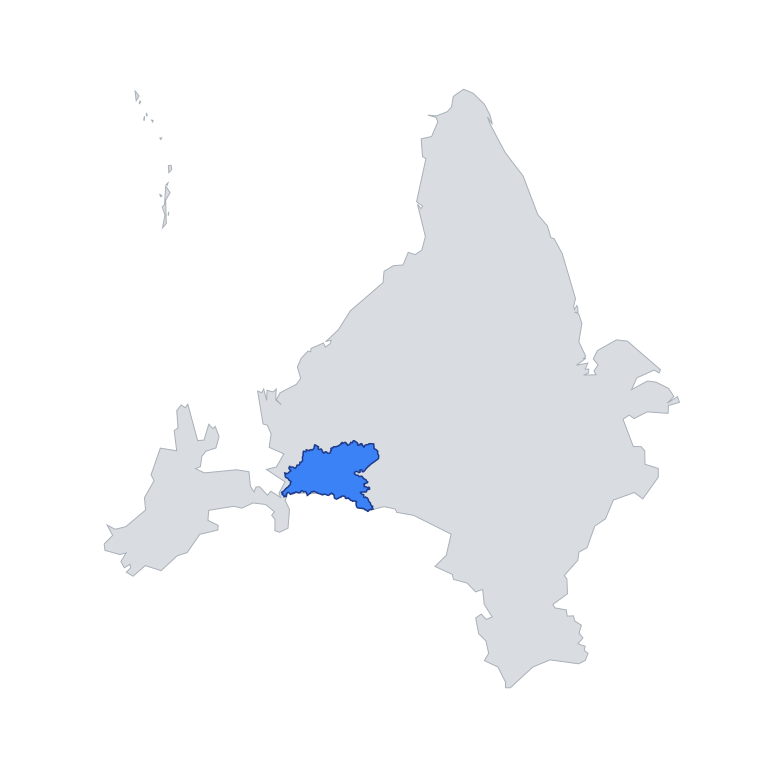 India, with Bihar highlighted, rotated 175°
{"feature_id": "IND-3258", "entity_name": "Bihar", "entity_type": "State", "adm_level": 1, "iso_a3": "IND", "parent_name": "India", "parent_adm1": "", "projection": "mercator", "projection_center": [85.594, 25.909], "detail": "fine", "context": "in_parent", "style": "filled", "palette": "blue", "viewbox_px": 768, "rotation_deg": 175, "n_neighbors": 0, "source": "natural_earth", "source_scale": "10m", "svg_char_len": 9710}
<svg xmlns="http://www.w3.org/2000/svg" viewBox="0 0 768 768"><g transform="rotate(175 384 384)"><path d="M91.3,340.0L102.5,337.7L103.6,330.0L124.2,333.3L137.9,327.8L142.5,331.7L149.0,328.1L141.1,300.0L133.4,299.2L130.1,294.6L131.0,281.3L118.2,276.0L118.8,267.4L136.2,247.0L144.1,254.1L165.6,248.4L175.1,230.4L186.4,224.1L196.0,203.2L204.5,199.5L206.3,191.5L221.1,177.5L218.8,174.0L219.5,159.1L235.0,149.7L233.1,146.0L222.1,143.1L221.7,136.8L215.5,136.5L214.5,131.2L208.4,126.5L211.4,118.8L207.9,113.7L213.4,108.3L206.4,105.1L207.8,101.2L204.2,97.8L207.6,91.1L214.4,88.3L242.7,94.7L260.4,89.1L284.6,70.4L289.5,70.8L288.9,76.4L295.2,92.2L308.1,99.6L303.2,106.6L304.8,119.0L311.4,126.9L313.1,142.9L307.1,146.3L302.7,140.6L296.5,142.5L303.4,155.8L303.6,170.8L310.9,168.9L318.6,178.5L331.8,183.3L332.6,188.4L349.1,197.8L336.9,207.9L330.2,228.6L366.0,250.6L382.5,255.0L383.7,258.5L394.8,261.8L410.9,259.1L421.3,263.4L422.8,269.3L434.0,275.8L440.6,273.8L445.1,279.1L489.3,284.1L492.6,276.4L489.1,267.2L492.2,248.7L501.0,245.4L505.5,247.4L504.4,258.4L507.3,263.1L504.2,266.2L512.4,274.3L524.8,276.9L536.5,272.7L544.4,275.3L569.6,273.4L571.3,263.6L561.5,257.6L562.3,253.0L580.6,250.3L594.8,233.2L605.0,230.9L622.3,217.5L637.7,223.9L650.7,214.4L657.1,219.0L652.4,222.8L652.7,226.5L658.7,223.6L661.6,230.1L655.6,238.2L662.0,237.1L676.5,242.6L676.7,249.0L667.5,256.9L672.1,267.6L664.6,262.7L653.8,264.3L632.5,279.2L632.5,291.7L621.4,307.8L624.0,313.8L612.4,339.6L596.3,335.5L597.1,355.9L593.0,358.1L592.8,375.5L587.9,380.8L584.1,377.7L581.2,381.0L574.6,343.9L568.2,343.8L562.0,359.2L558.3,354.4L555.9,356.5L552.9,346.1L557.0,334.9L567.2,332.6L571.7,327.9L574.2,317.5L579.1,316.1L570.7,311.1L538.3,311.4L526.2,308.4L526.0,293.9L522.9,287.8L520.5,292.5L516.9,292.5L509.8,283.4L506.0,287.0L496.8,280.0L498.2,284.3L491.1,295.1L508.5,309.1L498.5,310.7L489.8,323.1L503.9,330.9L500.8,344.1L503.9,353.2L508.0,354.7L510.5,388.0L506.6,386.0L504.3,389.5L502.3,377.9L501.1,387.9L495.1,385.8L491.8,388.4L493.3,377.5L488.2,372.4L492.6,377.9L488.3,384.3L471.3,391.3L466.5,397.0L468.8,408.5L464.3,416.8L456.8,423.4L454.2,422.4L453.6,425.8L440.7,430.1L439.3,425.9L434.2,428.7L432.8,432.2L438.0,431.5L424.6,442.2L411.2,459.8L376.2,485.0L374.1,496.3L364.2,501.1L354.6,500.9L348.4,513.0L341.8,510.2L334.7,514.0L329.9,527.3L335.0,560.2L331.9,555.4L330.0,557.7L335.7,562.7L322.6,604.8L325.8,607.2L325.6,625.0L315.0,626.4L307.5,640.5L309.1,645.2L317.0,648.1L308.3,646.5L297.1,649.8L292.5,654.2L289.9,664.5L279.0,670.7L269.9,665.9L259.6,654.0L255.0,642.8L253.4,633.1L257.7,641.1L255.5,633.2L243.0,603.8L227.3,579.1L216.0,539.3L207.4,527.2L205.0,515.1L201.9,514.0L195.1,498.4L185.8,452.4L188.4,444.4L187.7,441.6L185.0,445.3L184.3,443.1L184.5,438.5L188.0,438.9L184.0,437.1L181.6,427.1L186.2,409.1L180.7,394.1L183.0,392.0L180.5,392.2L190.6,385.9L179.1,387.1L182.3,381.1L178.7,381.0L179.3,377.1L184.5,375.5L171.9,374.7L173.7,378.6L169.0,384.4L173.3,390.7L168.5,398.7L148.6,407.7L137.8,405.5L107.4,374.2L109.0,371.0L113.6,374.3L131.6,368.1L137.9,356.8L121.4,364.0L112.7,362.1L100.8,354.7L96.3,346.3L103.5,340.2L92.7,345.8L91.3,340.0ZM584.2,600.2L580.4,593.3L585.5,586.1L586.9,562.8L591.0,558.9L587.5,571.4L589.5,579.7L587.0,581.8L584.2,600.2ZM606.2,687.7L606.4,697.6L602.9,692.2L606.2,687.7ZM579.8,620.3L577.1,620.5L576.7,616.3L579.9,613.3L579.8,620.3ZM597.3,671.9L597.1,674.8L596.4,672.1L597.3,671.9ZM600.4,667.9L599.3,671.8L599.7,667.7L600.4,667.9ZM603.6,684.2L602.5,687.2L601.7,686.1L603.6,684.2ZM585.9,648.5L584.0,648.6L585.0,647.0L585.9,648.5ZM583.5,601.7L581.6,603.3L582.5,600.8L583.5,601.7ZM590.1,590.0L591.0,592.8L588.8,590.7L590.1,590.0ZM592.6,667.2L591.0,666.7L591.7,665.2L592.6,667.2ZM584.3,571.2L583.4,574.3L583.9,571.0L584.3,571.2Z" fill="#d9dde1" stroke="#a8b0b8" stroke-width="1"/><path d="M481.8,283.8L483.0,283.1L483.6,283.5L483.9,283.6L484.2,283.4L484.5,282.6L485.4,282.8L485.8,282.8L486.4,282.3L486.8,282.2L487.3,282.7L487.7,283.5L487.9,283.7L488.9,284.4L489.5,284.3L490.3,283.5L490.9,282.5L491.0,281.5L491.0,281.0L491.1,280.5L492.0,280.7L493.3,280.3L493.5,280.4L493.5,280.5L493.3,281.4L494.1,282.0L495.0,283.0L494.5,283.4L494.5,283.8L495.4,284.4L495.5,284.7L495.4,285.0L494.7,285.2L493.8,285.9L493.0,286.2L491.0,288.3L490.1,288.8L489.7,289.2L489.0,289.4L488.8,289.5L488.1,290.4L486.7,291.5L486.2,292.1L486.0,292.4L485.9,293.2L485.7,294.0L485.2,294.3L485.1,294.6L485.5,295.4L486.7,296.1L487.2,297.0L487.5,297.7L488.0,298.2L488.2,298.5L489.5,299.1L490.2,299.8L490.5,301.2L490.2,302.7L490.7,303.3L490.7,304.0L489.5,303.7L489.2,303.6L489.1,303.3L488.9,303.1L488.5,303.0L487.8,303.4L487.0,303.7L486.6,304.2L486.4,304.4L484.7,305.2L484.7,305.4L484.3,305.8L484.3,306.0L484.6,306.2L484.9,306.7L485.3,306.7L485.6,307.1L485.9,308.2L486.1,308.5L485.7,309.4L485.0,310.1L484.8,309.6L484.3,309.3L483.9,309.3L483.0,309.4L482.5,309.2L481.3,308.9L480.7,308.1L479.8,307.7L478.8,308.6L478.5,309.0L478.4,309.5L478.1,309.8L477.8,310.7L477.5,310.8L476.4,310.5L476.1,310.7L475.4,310.8L475.2,311.0L475.0,311.5L474.5,313.4L473.7,313.2L473.0,313.5L472.3,314.2L471.7,315.2L471.7,315.5L471.7,317.9L471.6,318.4L470.7,319.8L470.9,320.5L470.6,321.5L470.7,322.2L470.3,323.3L470.3,323.8L470.2,324.0L469.6,324.0L468.5,323.6L467.7,323.4L467.6,323.8L467.1,324.5L467.1,325.2L465.6,324.7L464.9,324.2L464.4,324.0L464.0,324.1L463.8,324.6L463.3,324.8L462.3,325.0L461.4,324.5L461.0,324.5L459.2,326.3L459.0,327.1L459.0,327.9L458.5,328.3L458.5,328.9L458.3,329.4L458.0,329.4L457.6,329.2L456.4,328.2L454.8,327.3L454.7,326.9L455.2,326.3L455.3,325.9L455.3,325.2L455.1,324.8L454.5,324.7L453.7,324.4L453.1,324.7L452.7,324.7L452.3,324.7L452.0,324.4L451.6,323.8L451.4,322.1L451.2,321.7L450.9,321.5L449.9,321.2L450.2,320.6L450.0,320.4L449.6,320.5L448.4,321.4L447.5,321.5L446.2,320.1L445.8,319.9L444.1,319.9L443.8,320.0L443.4,320.6L443.1,321.2L443.1,321.9L442.8,322.4L442.2,322.6L442.5,323.6L442.5,324.4L442.3,324.6L442.1,324.8L441.6,324.8L440.8,324.6L440.6,325.0L439.7,325.9L438.8,325.7L438.0,325.8L437.0,325.7L436.7,325.9L434.8,326.2L434.6,326.6L432.6,327.4L432.4,327.6L432.3,328.2L430.9,329.4L430.8,329.2L430.9,328.5L430.9,328.3L429.5,328.7L428.8,329.1L428.4,329.2L427.3,329.1L426.9,328.7L426.7,327.3L426.5,327.2L426.0,327.4L425.9,327.3L425.7,326.2L425.4,326.0L425.1,326.0L422.9,327.4L422.3,328.7L421.4,328.5L420.9,328.2L420.6,328.7L420.1,329.2L419.9,329.7L419.5,330.1L418.8,330.2L418.2,329.9L417.8,329.3L416.4,328.4L415.4,327.2L415.6,326.6L415.6,325.8L415.2,325.2L414.8,325.2L414.5,325.5L414.0,325.3L413.6,325.5L413.2,325.4L413.0,325.5L413.1,326.1L412.9,326.4L412.6,326.4L412.5,325.8L412.2,325.7L412.0,326.4L411.7,326.6L411.2,326.2L410.0,323.2L409.5,322.8L409.3,323.0L408.9,324.0L408.4,324.2L408.2,324.6L407.8,324.8L407.5,324.9L406.1,325.1L405.3,325.0L404.8,325.1L404.4,325.6L404.1,325.7L403.0,325.8L399.8,325.2L399.5,325.2L399.5,323.9L399.6,323.1L399.3,322.2L399.7,321.4L399.5,320.5L399.2,320.1L398.5,319.9L397.9,319.6L397.5,319.2L397.1,318.6L396.7,318.3L396.2,317.9L396.1,317.6L396.1,317.3L396.4,316.4L396.3,314.9L395.6,313.6L395.5,313.1L395.8,310.8L396.2,310.1L396.7,309.6L398.7,308.5L399.4,308.0L404.6,305.0L405.1,304.6L405.4,304.0L406.8,303.4L407.2,303.1L407.4,302.7L409.2,301.3L410.3,299.9L412.0,298.5L412.7,298.3L413.4,298.7L413.4,299.7L413.6,300.2L414.0,300.5L414.6,300.6L415.3,300.4L415.6,300.2L415.7,299.7L415.4,298.9L415.4,298.4L416.2,298.0L416.6,297.9L416.9,298.0L417.9,298.9L418.9,299.3L419.6,299.3L420.0,299.2L421.0,298.4L421.1,297.9L421.3,297.7L421.4,297.4L421.2,297.1L419.8,295.7L418.3,295.5L417.4,294.9L417.0,294.3L416.6,293.9L416.0,293.9L414.7,294.2L414.3,294.1L414.0,293.9L413.5,293.2L413.2,292.3L412.6,292.1L412.5,291.7L412.1,291.1L410.4,290.3L409.9,289.0L409.5,288.5L408.8,288.0L408.8,287.7L408.9,287.4L409.2,287.0L410.9,286.8L411.5,286.3L412.4,286.5L412.8,286.2L412.5,285.6L412.3,285.1L412.8,284.0L412.8,283.8L412.7,283.6L410.8,283.1L409.4,282.0L408.9,282.4L408.5,282.5L407.6,282.2L407.5,281.8L407.5,280.7L407.6,280.4L408.0,280.3L408.2,281.0L408.4,281.1L408.9,280.4L410.2,280.0L410.5,279.4L410.8,278.3L411.1,278.1L412.4,278.0L413.7,278.3L416.8,278.2L417.0,278.0L416.7,277.4L415.2,275.9L414.8,275.7L414.0,275.7L413.9,275.3L414.0,273.5L413.9,273.0L413.6,272.6L412.9,272.6L412.3,273.0L412.1,273.0L411.3,272.3L410.5,271.9L409.6,270.2L409.7,269.5L409.6,268.8L409.1,268.3L408.7,267.5L407.9,266.7L407.9,265.2L407.6,264.6L406.8,263.9L406.9,262.9L406.7,262.7L406.0,262.8L406.1,262.4L406.6,262.0L406.6,261.8L406.5,261.4L405.9,260.7L405.8,260.4L407.5,260.0L408.6,260.3L409.2,260.2L409.7,259.9L410.7,258.7L411.1,258.5L411.4,258.6L411.5,259.0L412.4,259.5L412.8,260.3L413.6,260.2L413.9,260.5L414.5,261.4L414.9,261.7L420.7,262.8L421.3,263.2L421.8,263.9L422.3,265.6L422.3,266.5L422.2,267.4L421.6,268.9L421.7,269.4L421.9,269.5L424.4,270.2L424.6,270.2L425.2,269.9L425.5,269.9L425.7,270.3L426.2,270.6L427.6,271.2L427.9,271.6L428.2,272.5L429.5,273.0L429.5,273.7L430.0,273.7L431.2,273.3L431.6,273.2L432.4,273.5L432.5,275.0L433.1,275.6L434.9,276.1L435.9,275.9L436.9,274.9L437.6,275.1L438.0,275.0L439.6,274.1L441.2,273.5L441.4,273.5L443.0,274.4L443.2,274.8L443.4,275.5L443.3,277.2L443.5,278.0L444.8,279.2L445.4,279.1L445.6,279.3L445.7,279.8L445.8,279.9L446.5,279.6L448.3,278.2L449.5,278.0L450.1,278.2L451.6,279.1L452.3,279.2L453.2,279.6L453.8,279.2L454.9,278.9L455.3,279.0L455.4,279.4L455.6,279.6L456.3,279.6L458.2,280.5L459.2,280.8L460.4,281.8L461.8,282.4L463.2,283.3L463.6,283.3L464.0,282.7L464.3,282.6L465.2,283.0L465.7,282.8L466.2,282.5L466.6,282.0L466.8,281.5L467.4,281.2L468.8,280.7L469.9,279.6L470.1,279.6L470.2,280.4L470.6,282.2L471.0,282.9L471.4,283.6L472.0,283.8L473.7,283.5L474.2,284.3L475.3,284.9L475.6,284.9L475.9,284.7L476.5,283.6L477.0,283.2L477.7,283.1L478.9,283.1L480.4,284.0L481.1,284.2L481.8,283.8Z" fill="#3b82f6" stroke="#1e3a8a" stroke-width="1.5"/></g></svg>